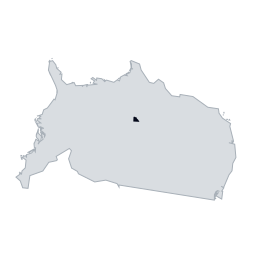 Woods, Oklahoma, United States of America shown in context, rotated 183°
{"feature_id": "52423323B10893582659476", "entity_name": "Woods", "entity_type": "district", "adm_level": 2, "iso_a3": "USA", "parent_name": "United States of America", "parent_adm1": "Oklahoma", "projection": "orthographic", "projection_center": [-98.992, 36.696], "detail": "fine", "context": "in_parent", "style": "filled", "palette": "ink", "viewbox_px": 256, "rotation_deg": 183, "n_neighbors": 0, "source": "geoboundaries", "source_scale": "gbopen_adm2", "svg_char_len": 4154}
<svg xmlns="http://www.w3.org/2000/svg" viewBox="0 0 256 256"><g transform="rotate(183 128 128)"><path d="M210.8,80.6L223.5,75.3L224.7,62.5L230.0,62.8L232.8,69.5L237.3,73.1L233.1,76.5L233.3,77.8L231.9,76.5L231.6,79.6L228.5,82.8L228.1,90.6L231.3,92.8L232.7,92.0L231.9,90.8L232.5,91.2L233.1,92.7L229.1,95.0L227.8,93.7L228.0,96.0L223.0,98.0L219.9,101.9L219.9,100.2L219.3,99.3L219.2,103.4L220.5,103.7L221.0,107.1L219.4,111.9L215.9,110.1L217.0,107.1L215.5,109.4L217.0,112.1L218.6,113.4L219.3,115.2L217.4,122.8L217.5,118.3L213.8,115.0L214.6,110.3L212.2,112.3L214.6,118.3L211.6,117.0L210.7,117.5L211.1,115.3L210.9,114.7L210.3,116.5L210.6,117.8L215.2,119.2L214.5,120.6L212.2,118.8L211.5,118.6L214.3,120.7L215.4,121.0L215.2,122.7L213.7,121.8L216.2,123.7L215.8,124.1L214.6,123.1L212.0,123.2L215.5,124.7L217.5,124.1L220.7,129.4L218.0,125.4L219.2,128.2L215.4,128.5L218.7,130.7L219.8,129.5L218.7,132.6L215.0,132.5L217.4,133.3L215.8,135.1L218.2,135.5L214.4,137.1L213.1,141.8L209.5,143.8L203.4,153.0L202.3,152.3L200.5,159.9L200.6,161.7L202.6,166.8L210.5,181.6L209.7,190.3L206.8,191.3L203.4,187.4L202.3,183.8L197.7,180.2L198.8,178.1L196.8,178.5L197.0,172.8L191.5,168.1L184.2,170.6L182.5,167.5L175.2,168.2L176.0,166.8L174.8,168.2L171.5,169.2L171.3,166.7L170.9,168.6L160.8,170.1L165.2,170.9L163.9,173.3L167.4,175.2L165.8,176.6L161.9,174.0L161.8,176.3L156.7,175.8L153.7,173.1L152.0,174.7L144.5,172.9L140.3,176.3L141.4,175.4L139.0,174.6L138.0,178.6L133.5,181.4L134.5,180.6L131.5,180.2L132.6,181.5L129.1,183.3L127.8,187.7L126.2,187.0L127.6,188.2L127.9,192.2L129.4,194.6L128.3,195.5L119.8,192.5L117.9,186.6L109.1,174.7L104.6,173.9L100.1,178.3L94.8,175.0L92.7,169.4L86.0,162.5L78.0,161.8L77.7,164.2L64.8,162.8L49.4,152.9L38.7,151.9L37.9,147.6L34.2,142.8L25.8,137.8L26.4,134.9L21.9,120.3L22.5,119.0L23.6,121.1L23.3,118.0L26.5,118.6L20.6,117.4L18.7,104.2L21.5,98.2L21.9,90.7L24.7,86.5L29.4,73.6L31.9,74.7L29.2,73.2L31.1,69.9L30.1,69.7L30.7,61.9L36.6,64.9L34.2,68.4L37.1,66.2L35.9,69.4L34.1,69.8L35.2,70.2L36.8,69.2L38.2,66.0L38.0,60.5L134.0,70.6L133.9,68.6L136.0,71.9L147.4,74.8L158.4,72.4L175.1,79.7L176.2,82.0L182.2,85.0L185.7,94.1L183.3,102.4L185.5,104.5L198.2,95.9L196.9,92.5L197.9,91.6L205.3,89.6L210.8,80.6ZM225.0,99.1L227.1,98.1L219.9,102.6L225.6,98.0L225.0,99.1ZM37.5,63.8L37.7,66.0L37.6,66.3L36.9,64.5L37.5,63.8ZM129.2,193.9L128.0,190.4L128.1,188.4L128.3,190.5L129.2,193.9ZM233.7,76.5L234.0,77.6L233.6,77.5L233.7,76.5ZM153.8,174.1L154.1,174.9L153.2,174.3L153.8,174.1ZM28.6,141.9L29.7,141.7L29.8,141.8L28.6,141.9ZM27.6,141.3L27.1,141.8L26.8,141.2L27.6,141.3ZM231.1,94.6L230.7,95.4L231.1,94.6ZM128.7,186.6L128.1,188.2L129.6,185.0L128.7,186.6ZM208.1,176.7L209.6,179.6L207.9,176.4L208.1,176.7ZM33.4,145.6L33.7,146.6L33.4,145.7L33.4,145.6ZM210.2,190.6L209.4,191.8L210.6,189.4L210.2,190.6ZM221.5,131.3L220.9,132.7L220.9,129.7L221.5,131.3ZM37.1,61.9L37.0,62.5L36.7,62.1L37.1,61.9ZM132.6,182.2L131.0,183.0L132.7,181.9L132.6,182.2ZM233.3,94.2L233.5,95.0L232.8,95.0L233.3,94.2ZM33.0,148.0L33.2,149.1L32.8,148.1L33.0,148.0ZM130.6,183.6L130.0,184.0L130.5,183.3L130.6,183.6ZM219.2,116.6L218.7,118.5L219.2,115.9L219.2,116.6ZM139.9,177.0L138.8,177.7L140.3,176.5L139.9,177.0ZM200.9,160.7L200.9,162.1L200.6,161.2L200.9,160.7ZM218.6,135.6L218.4,136.0L219.1,134.8L218.6,135.6ZM186.8,169.9L185.7,170.7L185.2,170.7L186.8,169.9ZM171.0,169.0L170.8,169.3L170.1,169.3L171.0,169.0ZM201.0,184.2L201.3,185.0L200.8,184.0L201.0,184.2ZM168.0,171.2L167.8,172.1L167.7,170.6L168.0,171.2ZM207.7,193.4L207.0,193.6L207.9,193.2L207.7,193.4ZM221.0,107.7L220.7,108.6L221.0,107.3L221.0,107.7ZM220.2,133.2L219.9,133.6L220.2,133.2Z" fill="#d9dde1" stroke="#a8b0b8" stroke-width="1"/><path d="M119.0,136.5L119.4,136.6L119.5,136.6L119.7,136.8L119.9,136.9L119.9,137.0L120.0,137.0L120.1,137.3L120.4,137.7L120.5,137.7L120.5,138.2L121.0,138.2L121.1,138.4L121.3,138.5L121.5,138.5L121.9,138.8L122.1,138.8L122.2,138.7L122.3,138.7L122.3,138.4L122.3,137.7L122.3,135.8L122.3,135.5L121.5,135.5L121.3,135.5L121.2,135.5L120.9,135.5L120.3,135.5L120.2,135.5L119.8,135.5L119.7,135.5L119.2,135.5L118.7,135.5L118.3,135.5L118.5,135.8L118.7,136.1L118.9,136.3L119.0,136.5Z" fill="#0f172a" stroke="#020617" stroke-width="1.5"/></g></svg>